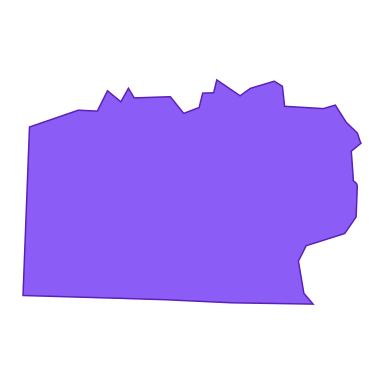 Yadkin, North Carolina, United States of America
{"feature_id": "52423323B7501124425209", "entity_name": "Yadkin", "entity_type": "district", "adm_level": 2, "iso_a3": "USA", "parent_name": "United States of America", "parent_adm1": "North Carolina", "projection": "natural_earth1", "projection_center": [-80.603, 36.167], "detail": "fine", "context": "isolated", "style": "filled", "palette": "violet", "viewbox_px": 384, "rotation_deg": 0, "n_neighbors": 0, "source": "geoboundaries", "source_scale": "gbopen_adm2", "svg_char_len": 740}
<svg xmlns="http://www.w3.org/2000/svg" viewBox="0 0 384 384"><path d="M23.0,295.5L119.2,298.3L119.6,298.2L120.1,298.2L120.6,298.3L121.3,298.3L122.8,298.4L135.0,298.8L144.8,299.1L164.9,299.7L227.5,302.6L232.1,302.8L313.1,304.1L303.9,293.4L298.4,261.1L306.2,245.7L344.7,233.5L356.1,216.9L357.3,186.3L357.1,185.2L356.6,183.7L356.2,183.3L353.2,180.5L353.1,176.0L351.3,151.2L361.0,143.2L360.7,142.6L359.8,140.6L359.7,140.2L357.4,133.1L346.2,122.3L335.3,105.1L323.4,108.6L284.6,106.3L282.4,86.3L274.2,81.2L250.3,88.4L240.1,95.8L216.8,79.9L213.6,92.8L202.7,93.1L199.1,107.5L183.7,113.4L170.3,96.7L134.2,97.9L128.4,88.3L120.9,101.8L107.5,90.8L97.3,111.1L78.3,110.2L29.5,127.0L23.0,295.5Z" fill="#8b5cf6" stroke="#5b21b6" stroke-width="1.5"/></svg>